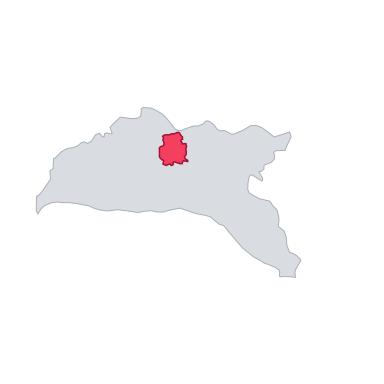 Orhei on a map of Moldova (orthographic projection), rotated 304°
{"feature_id": "MDA-1643", "entity_name": "Orhei", "entity_type": "District", "adm_level": 1, "iso_a3": "MDA", "parent_name": "Moldova", "parent_adm1": "", "projection": "orthographic", "projection_center": [28.834, 47.401], "detail": "fine", "context": "in_parent", "style": "filled", "palette": "rose", "viewbox_px": 384, "rotation_deg": 304, "n_neighbors": 0, "source": "natural_earth", "source_scale": "10m", "svg_char_len": 2758}
<svg xmlns="http://www.w3.org/2000/svg" viewBox="0 0 384 384"><g transform="rotate(304 192 192)"><path d="M87.7,76.5L89.1,73.5L101.4,65.6L104.5,67.0L110.8,67.5L123.7,67.5L130.1,62.3L134.0,63.8L137.2,61.5L142.6,58.5L143.3,59.2L144.0,59.7L152.2,61.2L158.3,64.2L162.4,68.7L166.6,71.5L171.0,72.7L173.4,74.9L173.8,78.4L178.0,80.1L185.7,80.1L189.0,82.4L187.8,86.9L188.6,88.4L191.3,86.8L193.4,88.2L194.5,91.6L195.7,93.2L199.7,87.9L203.9,88.5L214.0,90.7L219.4,101.6L222.8,105.5L225.8,107.1L229.5,105.4L232.8,103.3L234.7,104.3L238.9,111.5L239.9,121.0L239.9,124.8L238.4,131.2L236.4,138.1L234.7,142.5L235.4,146.1L236.9,149.1L239.4,150.1L247.3,156.1L250.3,160.2L254.7,163.3L258.0,163.5L259.7,165.2L260.3,167.3L259.9,172.7L258.1,177.8L258.4,181.0L261.3,184.8L261.7,189.3L261.9,192.2L263.5,194.4L270.8,199.2L280.4,203.9L282.9,207.9L284.4,213.1L284.1,221.8L283.6,229.4L296.3,239.4L294.9,241.3L293.0,243.4L281.0,245.1L278.6,246.0L273.2,238.4L270.5,237.5L268.0,240.3L265.0,241.9L261.3,241.2L257.4,238.8L255.4,237.2L253.9,237.0L251.5,238.7L248.2,238.0L246.1,236.1L243.1,242.6L241.2,244.0L240.1,243.8L239.8,232.8L238.9,231.1L236.5,230.8L230.6,233.5L225.1,236.9L223.2,239.9L223.4,245.4L224.2,251.9L228.0,261.7L226.0,266.0L224.5,272.9L218.5,279.1L211.7,282.8L211.1,290.3L207.3,295.4L200.8,300.5L196.5,306.6L197.6,310.9L197.8,314.9L197.1,317.6L196.9,319.7L195.2,320.6L185.2,321.3L182.4,322.6L179.2,325.5L176.1,319.9L173.0,315.0L170.8,312.3L171.7,311.1L174.3,309.8L176.0,308.1L175.9,302.3L174.6,295.7L173.5,292.4L173.4,287.4L172.6,279.5L173.9,264.9L179.0,246.5L181.8,237.4L180.5,232.4L181.6,220.7L179.6,214.9L176.3,207.4L171.8,190.9L166.0,185.1L158.8,178.8L155.8,174.0L153.8,168.8L149.6,163.5L144.8,158.7L139.1,146.7L136.2,141.3L135.3,139.8L128.7,132.1L125.4,125.1L123.7,119.4L122.8,114.2L118.4,103.7L114.3,95.8L110.5,90.2L108.7,86.3L104.2,81.2L97.6,77.1L93.3,76.3L87.7,76.5Z" fill="#d9dde1" stroke="#a8b0b8" stroke-width="1"/><path d="M228.7,159.9L226.7,162.0L224.1,162.9L221.9,165.0L219.4,166.3L217.1,165.9L215.6,168.2L215.9,170.7L214.9,171.4L214.0,169.6L213.2,167.5L211.8,167.4L210.0,168.0L208.8,166.2L208.1,164.0L207.6,161.9L206.9,160.1L205.6,160.0L204.5,161.0L203.4,160.8L202.4,160.0L202.9,157.9L199.6,155.7L198.9,152.4L202.3,150.9L202.3,149.9L201.8,149.1L201.9,148.3L202.4,147.5L202.4,146.6L202.6,145.7L203.8,144.7L205.1,144.0L210.1,140.4L211.3,140.4L212.4,140.8L213.6,142.0L215.1,142.3L216.8,141.6L219.1,138.6L220.6,138.3L221.3,137.5L221.8,136.5L223.2,136.9L224.7,138.2L226.7,141.2L229.0,142.6L229.4,143.6L230.3,144.7L232.9,146.3L233.0,146.3L233.6,147.1L233.9,147.9L234.0,148.4L233.8,149.2L232.8,150.7L232.3,153.4L231.3,153.8L230.5,154.8L229.0,153.9L227.9,154.3L227.4,156.1L226.4,157.2L227.6,158.3L228.7,159.9Z" fill="#f43f5e" stroke="#9f1239" stroke-width="1.5"/></g></svg>